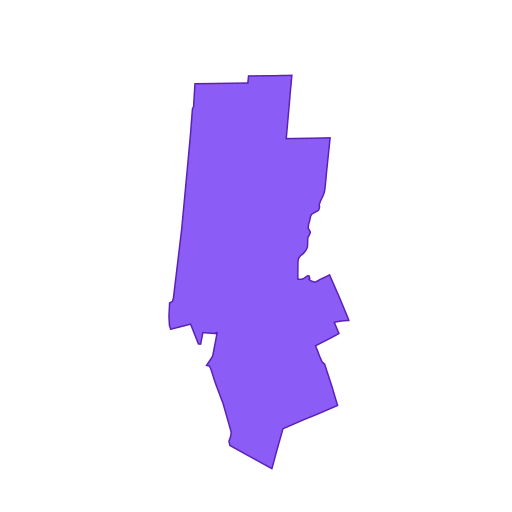 outline of Nanov, Teleorman, Romania, rotated 132°
{"feature_id": "2599482B59820157920356", "entity_name": "Nanov", "entity_type": "district", "adm_level": 2, "iso_a3": "ROU", "parent_name": "Romania", "parent_adm1": "Teleorman", "projection": "robinson", "projection_center": [25.25, 43.959], "detail": "fine", "context": "isolated", "style": "filled", "palette": "violet", "viewbox_px": 512, "rotation_deg": 132, "n_neighbors": 0, "source": "geoboundaries", "source_scale": "gbopen_adm2", "svg_char_len": 1774}
<svg xmlns="http://www.w3.org/2000/svg" viewBox="0 0 512 512"><g transform="rotate(132 256 256)"><path d="M403.4,101.9L402.6,102.3L401.6,102.8L398.8,104.2L391.3,108.0L389.0,109.2L380.1,113.6L366.3,120.4L345.5,110.9L331.5,104.1L312.5,95.4L302.8,111.2L299.2,117.4L298.2,119.2L296.8,121.5L294.0,126.5L292.2,129.5L290.8,132.0L290.4,132.7L290.4,134.3L290.5,135.9L288.1,141.4L285.7,145.9L282.9,151.7L264.2,144.6L258.1,142.5L253.0,153.3L251.0,152.1L249.1,150.6L246.4,148.4L241.8,143.9L241.1,145.0L231.3,165.6L224.5,180.6L220.8,188.7L223.5,189.7L230.1,192.5L235.9,194.5L236.7,196.1L237.7,198.5L237.9,201.1L236.6,201.1L235.3,203.1L236.1,204.4L241.3,205.6L243.4,207.1L245.2,209.3L241.6,212.7L235.8,217.8L232.3,220.9L229.6,222.6L227.9,223.0L225.8,223.1L223.1,222.5L220.2,222.5L217.2,223.0L214.7,223.9L211.8,226.3L207.9,229.7L204.6,230.5L202.3,231.3L201.6,232.1L201.0,234.1L200.4,235.9L197.6,237.9L194.0,239.7L189.5,242.2L187.9,242.5L186.9,242.4L184.6,241.6L182.1,240.7L180.2,240.2L178.5,240.7L176.7,241.8L176.3,242.6L175.4,243.4L172.2,244.8L168.0,246.0L164.2,247.3L161.3,248.8L153.1,254.7L147.7,258.8L118.6,280.0L129.6,291.7L144.4,307.6L148.5,312.1L114.6,337.6L113.7,338.4L105.7,344.3L98.5,349.7L98.2,350.0L97.7,350.3L98.8,351.3L100.2,352.8L104.9,357.9L109.3,362.5L127.2,382.0L132.9,377.8L161.9,409.1L168.8,416.6L177.7,409.6L184.4,404.2L186.5,402.5L189.3,401.6L206.8,388.1L210.2,385.5L220.4,377.9L237.0,365.5L285.9,329.1L342.4,289.3L345.6,287.7L348.7,288.8L359.1,280.3L365.4,274.0L367.5,270.4L350.4,259.0L359.9,239.9L358.5,238.2L348.5,244.2L340.5,233.9L339.8,234.5L338.9,233.6L359.4,221.2L370.4,219.5L368.9,217.0L370.2,213.9L377.4,201.6L387.7,181.7L403.1,157.2L404.3,155.9L407.1,154.1L411.7,152.2L414.3,148.6L403.4,101.9Z" fill="#8b5cf6" stroke="#5b21b6" stroke-width="1.5"/></g></svg>